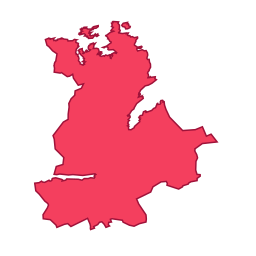 outline of Hemne nor, Sør-Trøndelag, Norway, rotated 5°
{"feature_id": "86288312B71092976212534", "entity_name": "Hemne nor", "entity_type": "district", "adm_level": 2, "iso_a3": "NOR", "parent_name": "Norway", "parent_adm1": "Sør-Trøndelag", "projection": "albers", "projection_center": [8.977, 63.29], "detail": "fine", "context": "isolated", "style": "filled", "palette": "rose", "viewbox_px": 256, "rotation_deg": 5, "n_neighbors": 0, "source": "geoboundaries", "source_scale": "gbopen_adm2", "svg_char_len": 5577}
<svg xmlns="http://www.w3.org/2000/svg" viewBox="0 0 256 256"><g transform="rotate(5 128 128)"><path d="M58.4,180.6L61.1,180.7L64.0,179.8L72.8,180.0L77.1,179.2L87.1,179.2L99.0,176.5L100.0,177.1L98.7,178.2L98.5,179.2L99.3,179.7L98.7,180.9L95.1,180.8L92.8,181.8L88.8,182.2L86.7,184.0L83.1,183.4L71.3,184.1L70.5,185.4L67.0,186.5L67.3,185.4L66.5,185.0L60.4,183.9L57.6,184.6L56.8,185.3L56.7,186.7L55.6,187.6L54.4,187.6L53.9,186.9L49.8,189.4L47.5,189.3L46.5,188.5L44.2,190.2L39.9,191.1L41.6,198.6L45.3,201.6L51.5,208.1L54.7,210.2L55.5,211.7L54.6,214.7L50.9,221.8L51.5,225.8L58.6,226.1L64.8,231.0L65.8,233.2L73.0,229.5L76.3,228.5L79.7,231.1L95.6,221.5L98.5,226.9L99.2,229.1L99.3,231.6L99.6,232.4L103.3,230.7L102.4,229.2L106.2,226.9L107.8,224.4L110.1,223.7L112.6,225.9L114.7,228.9L118.2,227.2L116.9,226.1L117.0,223.7L119.7,223.1L118.4,220.5L120.0,219.8L130.5,220.4L131.3,222.2L137.9,224.7L142.6,225.3L147.7,222.3L154.1,220.1L154.2,217.1L153.5,213.0L145.3,202.8L142.7,197.9L156.2,189.8L158.0,184.4L165.6,178.8L170.8,177.9L172.0,179.7L171.8,181.6L183.8,184.4L187.4,181.9L187.8,180.7L192.9,178.6L193.3,177.5L195.3,176.1L201.4,174.4L201.3,172.1L204.1,169.7L203.9,168.2L200.8,168.2L199.5,165.1L199.1,163.9L198.6,155.3L199.9,151.7L198.8,148.6L196.4,144.9L196.7,144.0L196.4,143.0L203.4,137.0L218.0,134.1L211.3,126.9L206.8,129.3L202.0,120.3L195.2,123.8L182.7,125.8L168.5,113.6L164.2,106.2L162.4,102.0L161.7,98.7L160.6,99.1L160.5,97.7L160.1,97.4L158.4,97.8L157.8,99.3L158.5,100.3L157.8,101.5L155.7,101.9L155.4,100.9L154.9,101.2L153.7,105.3L151.8,106.3L150.1,108.4L144.0,111.2L145.2,110.1L144.0,109.4L142.0,110.5L141.3,114.0L139.1,114.6L137.9,116.4L138.8,116.8L138.4,116.9L138.5,117.6L139.4,118.4L138.4,119.5L139.1,120.0L139.2,120.7L134.3,125.9L134.2,127.1L131.1,129.5L128.8,129.5L128.4,127.5L128.5,126.4L127.8,126.1L128.5,125.9L127.8,125.3L128.4,124.3L127.4,123.6L127.7,122.8L127.4,122.5L127.6,121.6L128.7,120.4L127.4,119.7L129.2,117.1L129.1,116.4L128.7,115.5L126.3,116.5L126.9,115.8L126.5,115.5L128.4,113.8L130.1,110.4L132.3,108.4L132.4,107.4L134.5,102.9L140.6,97.2L140.1,95.5L138.4,95.6L138.8,94.9L135.6,96.4L136.0,95.0L137.4,93.4L137.1,92.8L135.7,93.4L135.8,92.1L136.5,91.3L137.2,89.3L141.5,84.5L144.6,83.5L148.0,81.3L152.1,77.4L150.5,76.6L150.7,74.6L145.1,75.8L145.9,75.0L145.8,74.9L144.8,76.0L143.5,76.1L144.0,74.6L143.5,72.7L142.7,71.7L143.0,70.5L144.1,68.9L144.0,68.3L145.2,65.5L144.8,62.3L143.7,60.6L143.1,57.8L141.5,58.0L140.7,56.8L141.3,53.6L140.8,51.5L139.3,49.3L137.5,49.7L135.4,48.8L130.9,50.4L129.8,48.8L129.9,47.8L133.9,47.4L134.4,46.6L134.3,46.1L134.8,45.9L134.4,45.4L130.6,46.7L127.3,45.0L127.1,43.9L128.3,41.0L128.1,40.0L129.8,37.5L129.5,36.5L126.4,37.5L124.4,36.6L122.7,37.1L121.8,35.8L120.1,36.0L119.3,35.4L120.0,33.4L118.1,34.1L118.2,33.5L114.1,34.4L110.5,34.1L110.3,33.6L111.4,32.8L111.7,31.3L110.5,30.3L110.8,29.4L110.5,26.2L108.9,24.6L109.4,23.1L103.7,23.2L103.3,23.6L103.8,24.4L102.4,25.0L103.4,26.9L102.7,28.4L104.6,29.0L102.5,32.4L103.2,33.0L104.9,32.7L105.2,32.7L105.4,32.8L102.2,34.2L98.2,37.8L97.2,37.8L99.0,38.7L100.3,40.2L100.0,40.9L100.8,41.0L102.4,43.3L103.5,43.5L103.8,44.5L99.5,48.3L95.9,49.9L97.2,50.2L98.6,49.0L100.5,49.1L101.3,49.9L101.1,51.4L102.0,51.9L106.6,51.2L110.2,53.9L109.8,54.7L107.6,54.2L105.5,55.5L106.4,56.8L106.2,57.6L105.1,56.4L104.0,56.5L104.2,58.0L105.2,59.6L105.1,60.2L104.4,60.0L104.1,58.5L102.8,56.9L101.5,57.7L99.4,57.2L98.2,58.5L97.6,58.1L95.0,59.0L93.5,58.4L94.9,56.6L91.0,57.4L91.4,56.3L95.8,54.6L94.2,54.4L92.4,55.3L92.4,53.7L91.6,51.8L89.9,51.3L86.4,51.9L86.9,50.2L86.7,49.9L86.8,48.8L88.0,46.5L86.1,47.5L85.9,46.9L86.7,46.1L83.2,47.7L83.5,48.1L81.8,49.3L81.8,50.1L81.3,50.7L81.7,52.9L83.8,53.4L82.5,54.8L80.4,55.7L80.6,54.5L79.7,54.1L77.9,57.1L76.9,57.8L76.5,57.6L76.9,57.1L76.8,56.0L75.6,54.5L75.5,52.9L73.0,53.8L71.7,55.3L73.2,56.2L72.8,57.5L74.1,58.1L74.0,58.6L77.4,61.3L77.6,61.8L77.4,62.3L78.5,62.6L78.1,63.9L78.5,64.5L77.0,65.8L79.6,65.9L78.3,67.2L78.8,67.5L78.0,68.5L78.6,68.6L77.7,69.3L74.7,68.3L74.6,67.1L72.8,65.3L73.1,63.1L72.4,61.2L71.7,60.9L71.8,59.1L70.1,59.3L70.0,58.4L69.3,57.7L69.7,53.8L71.8,51.1L71.0,50.8L71.4,50.0L70.9,49.8L71.2,48.1L68.6,47.3L68.5,45.0L69.2,44.6L66.9,44.4L65.2,45.9L60.6,46.5L60.1,45.1L56.4,45.0L54.2,44.1L53.4,44.5L54.2,44.9L50.4,45.6L49.7,46.3L50.0,46.7L47.9,47.7L49.1,46.8L46.5,47.3L46.3,46.2L45.8,45.9L46.6,44.9L43.7,45.9L42.0,45.5L42.3,46.1L40.8,45.7L38.0,47.1L40.1,52.7L41.9,53.7L46.2,57.7L50.8,60.3L50.2,67.8L49.4,68.8L49.0,70.7L49.1,71.7L48.8,72.1L49.6,74.9L49.6,78.8L55.7,79.2L56.9,78.6L63.0,82.1L65.2,81.5L68.2,79.3L69.3,83.1L74.7,89.7L79.8,87.9L78.1,92.5L72.1,95.6L72.1,100.0L68.8,103.8L66.9,108.7L67.5,112.2L67.2,119.3L67.6,124.6L63.1,127.7L54.0,142.1L55.5,145.5L57.3,155.2L66.6,163.0L66.4,170.0L59.9,172.6L58.4,180.6ZM89.4,28.6L85.1,30.0L83.8,31.0L84.3,31.6L82.8,32.6L79.6,33.0L78.6,32.7L78.4,32.1L76.6,32.3L77.5,31.2L75.3,31.5L74.3,32.7L73.4,32.7L73.6,32.4L73.3,32.6L73.4,33.1L71.3,33.9L73.9,33.6L72.7,35.3L73.9,35.6L73.0,36.0L73.1,36.8L72.3,37.1L72.5,37.4L70.4,38.1L72.1,38.2L71.0,38.9L71.5,39.3L71.2,39.6L76.0,37.9L77.4,38.6L77.4,39.3L76.7,40.1L79.5,40.1L79.1,40.9L80.5,41.3L80.8,42.2L84.9,41.6L86.4,39.3L87.3,38.8L89.0,39.6L90.5,38.3L89.3,37.8L89.9,37.5L89.7,36.9L88.0,38.1L87.2,37.1L85.8,39.0L85.1,38.6L82.7,39.6L81.9,39.0L82.2,38.4L81.7,37.7L83.3,36.0L80.8,36.7L81.4,34.7L82.6,34.1L83.1,33.1L84.5,33.1L85.2,31.9L87.6,31.3L89.5,29.6L89.4,28.6ZM118.4,22.8L114.1,24.1L112.8,26.2L113.8,27.4L116.1,27.7L117.1,29.5L119.0,29.2L121.2,27.8L121.4,26.6L120.1,26.3L119.6,25.6L119.7,24.6L119.1,24.1L118.2,24.3L118.4,22.8Z" fill="#f43f5e" stroke="#9f1239" stroke-width="1.5"/></g></svg>